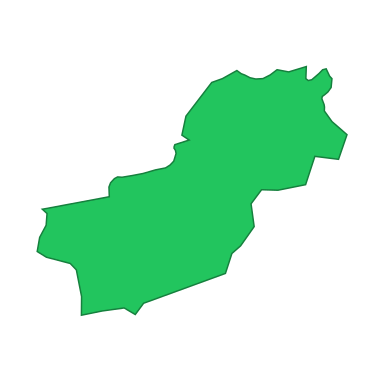 the border of Alojas, rotated 265°
{"feature_id": "LVA-5755", "entity_name": "Alojas", "entity_type": "Municipality", "adm_level": 1, "iso_a3": "LVA", "parent_name": "Latvia", "parent_adm1": "", "projection": "albers", "projection_center": [24.909, 57.802], "detail": "fine", "context": "isolated", "style": "filled", "palette": "green", "viewbox_px": 384, "rotation_deg": 265, "n_neighbors": 0, "source": "natural_earth", "source_scale": "10m", "svg_char_len": 1076}
<svg xmlns="http://www.w3.org/2000/svg" viewBox="0 0 384 384"><g transform="rotate(265 192 192)"><path d="M183.2,45.7L187.9,41.4L188.0,42.8L194.5,109.2L204.2,109.7L208.3,111.7L212.1,115.9L213.5,119.2L212.8,123.6L213.6,133.9L214.7,144.8L217.2,157.5L218.3,167.7L220.7,172.4L224.3,176.5L231.8,179.5L235.0,179.1L237.2,177.9L238.9,178.2L240.7,179.1L244.0,193.7L249.5,186.9L268.1,192.6L272.6,196.7L299.4,221.2L302.3,232.2L309.1,247.3L305.6,251.3L303.9,254.8L300.8,259.7L299.0,265.4L298.8,272.6L301.8,280.1L306.4,287.4L303.2,298.8L307.0,316.8L295.0,315.3L292.9,317.5L293.4,321.1L299.0,328.9L302.4,332.8L303.0,336.4L295.4,339.2L292.7,341.3L284.0,339.7L279.8,336.1L277.4,332.7L275.8,330.1L273.6,329.5L267.6,331.2L265.1,331.4L261.2,330.9L249.9,337.6L235.6,351.4L211.8,340.8L216.8,317.5L189.4,305.8L186.3,277.8L188.2,261.5L175.1,249.8L152.1,250.9L134.1,235.7L127.3,226.4L108.0,218.2L85.4,134.1L74.9,124.8L82.4,114.3L81.3,92.2L78.9,71.1L97.4,72.9L124.5,70.0L131.4,64.5L139.7,41.3L146.2,32.6L160.1,36.3L171.6,43.8L183.2,45.7Z" fill="#22c55e" stroke="#15803d" stroke-width="1.5"/></g></svg>